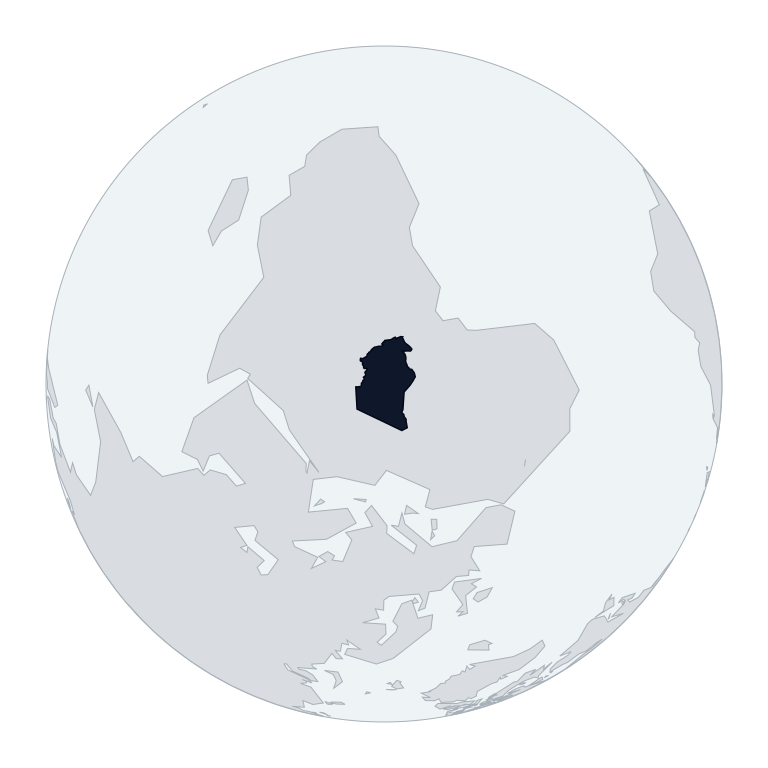 Chad on an orthographic globe, rotated 178°
{"feature_id": "TCD", "entity_name": "Chad", "entity_type": "country or territory", "adm_level": 0, "iso_a3": "TCD", "parent_name": "Africa", "parent_adm1": "", "projection": "orthographic", "projection_center": [18.978, 15.46], "detail": "medium", "context": "on_globe", "style": "filled", "palette": "ink", "viewbox_px": 768, "rotation_deg": 178, "n_neighbors": 0, "source": "natural_earth", "source_scale": "50m", "svg_char_len": 10516}
<svg xmlns="http://www.w3.org/2000/svg" viewBox="0 0 768 768"><g transform="rotate(178 384 384)"><circle cx="384" cy="384" r="338" fill="#eef3f6" stroke="#a8b0b8"/><path d="M301.6,56.3L281.4,62.1L286.0,60.9L273.2,65.4L273.7,66.1L265.9,68.8L273.1,67.1L280.1,64.6L285.6,63.3L286.5,63.7L276.7,66.9L274.8,67.1L272.5,68.4L267.1,70.0L270.3,69.5L258.3,73.9L271.5,70.4L263.0,74.8L254.7,77.6L254.0,76.1L233.0,82.1L224.4,86.3L212.9,92.8L194.6,106.7L185.7,112.6L174.8,121.4L180.4,118.2L190.9,110.3L198.5,107.5L210.5,99.3L215.3,97.4L228.2,90.4L227.9,93.2L220.5,100.1L209.8,106.4L206.3,110.0L217.8,106.0L199.1,120.9L189.0,137.2L184.0,141.5L171.9,144.6L168.5,138.3L152.8,146.4L164.5,143.4L151.8,155.9L150.4,159.3L152.0,160.5L157.4,157.0L153.4,162.2L140.3,166.1L143.7,161.3L147.8,159.8L146.2,157.5L137.2,161.9L131.5,168.8L124.1,171.4L119.8,176.7L115.9,180.9L123.1,171.9L110.0,188.6L101.0,199.3L115.6,178.7L131.6,159.3L149.1,141.1L167.8,124.3L187.8,108.9L208.9,95.0L230.9,82.8L253.8,72.2L277.4,63.3L301.6,56.3ZM53.2,314.8L54.0,312.7L50.3,331.6L53.7,317.0L52.2,328.7L56.2,337.5L54.9,341.1L57.7,371.6L66.7,390.4L68.8,406.5L67.1,414.0L71.6,419.7L71.7,425.4L94.8,446.7L111.1,467.5L113.6,487.1L105.9,504.5L112.8,547.6L102.6,553.5L109.4,570.1L117.7,590.0L110.3,582.0L122.1,597.3L124.7,600.7L109.1,580.6L95.1,559.4L82.8,537.2L72.1,514.1L63.2,490.3L56.2,465.9L50.9,441.1L47.6,415.9L46.1,390.5L46.6,365.1L49.0,339.8L53.2,314.8ZM72.0,254.3L67.5,266.4L68.0,264.2L72.0,254.3ZM83.9,228.7L85.3,226.1L84.6,227.4L83.9,228.7ZM227.5,89.5L227.8,90.0L225.3,91.0L227.5,89.5ZM232.8,86.3L229.7,87.2L231.7,85.9L233.6,85.3L232.8,86.3ZM236.3,85.7L235.7,83.4L239.4,81.2L249.8,77.6L236.3,85.7ZM281.9,63.7L274.5,66.3L279.8,63.9L281.9,63.7ZM284.0,62.5L292.5,58.7L304.0,55.7L298.8,57.2L313.0,53.7L314.4,54.0L306.9,56.0L299.2,57.7L305.6,56.7L284.0,62.5ZM288.2,62.6L288.9,61.7L298.9,58.9L299.3,60.1L295.9,60.6L288.2,62.6ZM316.0,53.0L323.5,51.5L326.7,51.2L330.1,50.8L315.4,53.8L316.0,53.0ZM294.2,61.5L299.3,60.9L295.4,62.8L288.2,63.2L294.2,61.5ZM301.3,57.9L306.1,56.7L303.6,57.7L301.3,57.9ZM284.6,70.4L285.3,68.8L290.5,67.1L284.6,70.4ZM301.4,60.6L302.7,60.0L304.9,59.3L307.4,59.5L301.4,60.6ZM318.7,53.7L318.5,54.1L324.9,52.4L327.5,52.6L317.2,54.8L322.8,54.0L323.6,54.1L314.3,55.9L318.7,53.7ZM316.4,57.8L304.2,61.5L301.9,64.5L297.1,65.9L301.7,61.0L316.4,57.8ZM316.0,56.4L315.1,57.5L309.6,58.4L306.8,58.3L316.0,56.4ZM333.0,52.2L331.6,51.2L333.9,50.8L333.0,52.2ZM316.8,58.3L319.7,57.5L317.2,58.4L316.8,58.3ZM329.3,53.7L328.4,53.2L331.1,52.8L329.3,53.7ZM326.2,56.4L322.3,57.4L320.2,57.2L326.2,56.4ZM328.5,55.0L332.3,54.5L321.9,56.5L327.7,54.8L328.5,55.0ZM331.9,53.3L333.2,53.0L331.8,53.6L331.9,53.3ZM336.2,57.1L323.5,59.7L319.1,58.9L331.9,56.4L336.2,57.1ZM639.7,163.1L641.2,164.8L633.0,155.6L642.6,167.1L648.3,173.6L646.1,170.7L651.4,177.4L656.8,184.6L658.6,187.0L671.7,206.7L683.4,227.3L693.6,248.6L698.5,262.5L700.7,268.6L697.9,264.2L701.6,278.5L712.7,307.8L714.9,317.8L717.4,341.2L716.1,333.9L708.8,322.0L712.7,346.8L718.5,362.0L720.7,384.1L718.6,380.2L715.7,361.2L713.0,356.3L710.0,335.0L700.4,306.8L698.0,316.1L694.5,303.8L681.1,283.0L675.5,296.1L669.2,336.3L674.4,368.6L669.5,385.4L648.6,344.5L637.5,315.1L631.1,320.3L608.6,299.2L573.2,306.1L567.1,299.0L560.7,304.2L544.7,298.9L535.1,287.1L525.9,289.5L551.3,320.6L561.0,318.2L567.8,303.3L573.1,315.1L588.4,323.4L575.1,356.9L520.8,392.7L513.9,369.0L464.5,307.3L465.1,299.8L464.8,299.0L464.1,297.6L461.2,310.0L452.1,297.9L480.2,341.5L485.6,361.0L520.0,394.3L517.2,398.5L527.8,404.8L559.8,390.8L560.3,398.9L546.2,438.8L500.4,494.8L505.7,527.2L500.9,555.1L470.6,575.8L471.5,595.9L455.6,604.3L453.4,615.5L439.6,628.1L417.2,640.1L381.1,641.3L380.2,631.6L364.2,612.3L342.7,563.0L353.2,539.6L350.6,521.1L324.3,479.0L330.1,455.3L322.8,445.2L307.7,447.3L299.0,435.1L289.8,434.4L231.3,439.3L212.8,422.0L189.1,371.1L199.2,352.8L199.9,330.3L268.5,260.0L284.3,265.1L339.8,257.0L347.0,259.8L341.8,276.9L384.6,297.6L396.7,283.0L434.0,293.0L458.0,291.1L464.1,258.6L424.8,261.0L416.7,246.0L447.0,230.8L481.1,230.3L479.0,224.6L456.3,213.1L463.0,202.2L448.3,208.5L455.1,213.9L446.1,218.5L439.4,214.0L442.0,209.9L431.4,208.0L421.6,229.2L427.5,237.0L400.4,242.1L407.6,256.1L400.7,263.0L385.9,242.3L386.5,234.5L360.0,213.3L357.0,221.7L381.8,242.7L374.5,241.2L370.6,254.5L367.9,243.3L341.7,219.7L316.5,224.9L286.3,256.9L271.2,259.2L257.6,252.3L266.6,219.7L299.5,218.4L303.1,208.4L294.8,193.9L305.5,195.2L306.1,189.7L318.4,189.1L334.0,176.0L346.2,174.7L350.8,158.6L357.6,156.2L353.0,166.1L356.2,172.9L386.3,171.5L391.7,168.0L392.3,158.0L400.5,159.6L397.2,150.3L413.7,146.2L390.8,143.9L390.8,133.9L399.9,126.2L395.8,122.9L380.9,135.7L378.7,141.4L383.4,146.6L373.8,163.8L363.8,167.0L358.3,148.7L343.4,151.7L345.6,137.6L384.4,109.4L401.4,104.4L432.7,115.2L429.7,121.0L416.9,119.7L430.1,129.4L428.4,124.5L435.2,126.3L436.9,118.4L441.9,119.4L435.1,110.8L441.4,111.2L445.5,116.6L453.5,106.9L466.0,106.6L465.4,104.1L461.2,101.5L479.9,103.6L478.7,101.8L472.1,100.2L465.3,95.7L460.6,89.0L467.3,90.1L469.9,92.6L485.5,100.3L491.4,107.9L493.7,107.7L490.1,101.6L471.1,92.0L466.4,87.8L475.9,91.5L472.1,89.8L471.8,88.1L477.9,87.7L467.6,83.6L455.8,67.3L466.3,66.2L476.1,70.5L474.9,63.7L486.9,65.2L480.8,63.4L476.1,60.5L472.3,59.8L469.0,58.9L455.2,53.7L455.9,53.8L479.3,59.8L502.3,67.4L524.6,76.7L546.2,87.5L567.0,99.9L586.8,113.7L605.6,128.9L623.3,145.4L639.7,163.1ZM246.6,296.8L245.1,303.4L245.1,303.5L246.6,296.8ZM518.8,247.0L538.2,245.9L526.6,227.4L533.1,225.7L526.8,220.4L525.7,226.1L509.9,211.7L517.2,205.2L513.4,197.4L506.7,197.5L495.8,212.1L518.4,232.2L515.2,240.7L518.8,247.0ZM56.4,337.6L56.5,342.4L55.5,340.9L56.4,337.6ZM64.3,286.4L64.5,290.2L63.2,289.4L64.3,286.4ZM66.5,269.9L64.1,284.1L61.9,285.0L63.8,276.4L63.9,277.8L66.5,269.9ZM79.1,238.4L78.1,240.4L76.8,243.3L78.4,239.9L79.1,238.4ZM83.5,229.8L83.5,229.7L85.1,226.5L83.5,229.8ZM152.6,155.6L153.5,155.5L154.0,157.7L151.5,158.7L152.6,155.6ZM170.2,157.7L163.4,166.2L166.5,160.4L161.6,162.8L162.1,154.5L181.5,143.3L172.6,149.5L170.2,157.7ZM168.1,141.6L165.6,147.2L167.6,141.5L168.1,141.6ZM297.6,162.8L302.3,166.2L298.3,172.3L282.9,176.7L288.4,167.5L297.6,162.8ZM309.8,169.7L308.6,151.9L318.2,149.4L313.0,153.6L319.4,153.7L312.9,160.8L323.2,176.9L320.4,183.6L293.3,186.3L303.7,181.3L298.6,178.0L309.8,169.7ZM288.7,119.8L288.3,114.4L309.5,115.4L307.4,120.4L291.9,124.4L285.2,120.9L288.7,119.8ZM254.7,80.7L253.2,80.3L255.9,79.2L259.4,78.6L254.7,80.7ZM284.5,69.8L264.2,81.8L261.5,81.8L252.9,90.1L242.3,93.5L248.2,87.8L233.6,97.3L234.6,93.5L225.6,100.2L239.8,87.0L240.2,84.8L243.8,85.8L253.6,82.6L257.9,80.5L270.4,73.4L276.0,68.0L286.6,64.8L292.6,64.0L292.9,64.8L285.9,66.4L291.3,66.4L281.4,69.5L284.5,69.8ZM356.6,69.7L348.4,69.0L357.5,73.7L347.7,75.0L349.4,75.5L342.8,78.3L337.7,82.8L333.1,82.9L333.1,84.7L328.8,86.9L327.2,89.6L318.4,91.1L315.8,94.6L313.0,93.4L311.0,99.3L308.5,95.7L302.7,98.9L308.2,100.7L264.0,107.1L247.3,114.2L234.8,122.5L232.3,116.5L242.4,105.5L258.8,94.0L275.1,88.7L271.0,87.5L277.6,84.9L278.1,86.9L281.4,82.3L286.9,80.8L301.5,73.5L302.7,68.9L308.0,66.5L310.4,67.6L314.1,64.6L322.1,65.4L326.1,63.9L338.0,63.8L340.1,67.6L344.5,65.7L353.7,66.2L356.6,69.7ZM339.4,57.1L344.2,60.2L341.2,62.8L321.7,62.2L317.0,63.5L304.4,64.2L309.0,60.7L312.2,60.7L316.3,59.9L313.2,61.3L318.8,59.7L323.4,59.9L329.0,58.8L329.0,60.0L339.4,57.1ZM354.3,253.3L359.7,254.0L368.0,253.1L365.7,261.9L354.3,253.3ZM336.1,237.4L340.9,236.2L341.6,247.2L336.0,246.9L336.1,237.4ZM342.8,226.8L341.1,235.3L338.7,230.6L342.8,226.8ZM357.3,164.8L362.3,163.5L363.1,165.8L360.6,169.4L357.3,164.8ZM381.5,87.4L377.3,85.8L378.6,84.8L375.0,79.6L382.0,78.8L386.9,81.6L381.5,87.4ZM457.8,264.6L451.3,271.2L447.5,268.4L450.5,266.7L457.8,264.6ZM406.6,266.8L418.6,270.4L405.8,269.2L406.6,266.8ZM388.5,85.6L386.2,83.5L391.1,84.5L388.5,85.6ZM386.9,78.0L392.6,78.6L382.4,78.1L386.9,78.0ZM555.0,666.7L554.5,668.9L550.6,670.2L555.0,666.7ZM554.4,543.6L528.4,593.4L513.7,595.5L512.8,582.4L523.5,553.0L541.2,542.5L550.3,528.1L554.4,543.6ZM718.9,428.8L718.8,428.5L719.7,422.0L719.9,421.0L718.9,428.8ZM719.6,422.1L718.6,411.8L710.8,374.1L713.8,372.1L720.6,391.5L720.3,396.7L721.0,405.9L719.6,422.1ZM721.9,382.8L721.9,381.7L721.8,376.4L721.9,382.8ZM675.7,371.2L682.3,388.3L679.0,393.1L675.7,371.2ZM704.0,277.7L704.4,281.1L702.8,276.5L701.2,269.5L704.0,277.7ZM444.9,81.7L442.1,89.2L444.8,95.5L453.5,99.8L440.0,97.7L435.9,87.9L444.9,81.7ZM453.7,68.6L446.0,65.9L450.0,65.7L452.3,66.3L453.7,68.6ZM448.6,68.0L438.0,67.5L434.1,65.2L443.3,65.9L448.6,68.0ZM413.4,74.9L412.1,77.0L408.1,75.9L413.4,74.9ZM467.0,58.7L462.7,57.5L464.3,57.4L467.0,58.7ZM451.8,54.4L452.9,55.2L448.9,53.8L451.8,54.4ZM456.1,57.6L452.1,55.4L459.9,58.3L456.1,57.6Z" fill="#d9dde1" stroke="#a8b0b8" stroke-width="1"/><path d="M411.8,359.9L412.3,382.1L412.2,382.2L410.2,382.0L409.4,382.2L407.4,382.3L406.5,383.4L406.7,384.7L406.5,385.6L405.5,386.5L405.1,387.4L405.0,388.2L404.8,388.4L403.9,388.7L403.4,389.2L403.7,389.9L403.8,390.8L404.3,391.2L404.3,391.5L402.3,393.0L401.9,393.7L401.9,394.1L402.6,395.6L402.6,396.4L402.2,397.1L401.3,397.7L400.8,398.4L400.4,399.6L400.7,400.2L401.0,400.3L402.7,400.1L403.4,400.4L403.8,401.0L403.6,401.5L404.2,403.5L404.1,403.8L404.2,404.0L404.7,404.0L404.8,404.3L404.7,406.2L404.9,406.7L405.2,407.1L406.0,407.7L406.4,407.7L406.8,408.0L406.9,408.9L406.5,410.5L404.3,410.1L402.9,410.8L402.4,411.2L401.7,411.2L401.3,411.7L400.2,412.3L399.8,412.7L399.9,413.9L399.7,414.4L399.4,414.7L398.8,414.8L398.0,416.1L397.8,416.3L397.3,416.2L395.8,417.8L395.7,418.2L394.4,419.6L391.9,421.3L390.4,421.2L389.7,421.6L388.0,421.9L385.0,421.9L384.4,422.0L383.9,422.4L383.5,422.7L383.5,423.0L384.5,423.7L384.8,424.0L383.6,425.5L382.7,426.4L382.0,426.9L381.7,427.5L377.9,427.9L376.2,427.9L373.9,428.9L373.1,429.6L371.8,430.0L371.4,430.4L371.2,430.4L370.0,429.3L369.8,428.6L369.0,429.1L368.8,429.6L366.8,430.3L366.3,430.6L365.7,430.8L363.6,430.5L364.0,429.7L364.0,429.0L363.4,428.6L362.3,425.8L361.5,424.4L360.0,423.0L359.3,422.6L357.0,420.5L355.1,418.2L355.0,417.6L355.9,416.4L356.5,416.0L360.0,416.3L361.7,416.1L362.8,416.2L364.0,416.2L364.7,416.0L364.0,415.5L362.5,413.9L361.7,412.1L361.4,410.9L361.2,409.4L361.3,407.9L361.7,406.9L361.5,406.3L361.5,405.1L360.9,403.5L360.4,402.6L360.2,401.2L359.8,400.3L359.0,399.8L358.5,399.3L358.4,398.4L358.1,398.1L356.8,397.8L355.8,397.7L353.3,394.0L352.5,390.0L353.6,388.5L354.6,386.6L357.9,382.0L364.2,375.3L366.0,357.7L367.3,355.1L365.7,353.2L365.3,352.8L365.1,352.0L365.4,351.5L363.8,348.8L363.4,348.5L363.2,348.1L363.2,345.8L362.3,339.5L367.8,336.9L411.8,359.9Z" fill="#0f172a" stroke="#020617" stroke-width="1.5"/></g></svg>